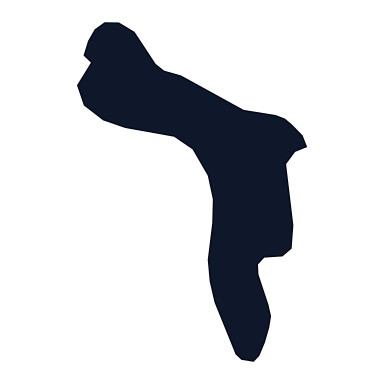 map outline of Bonaire (Natural Earth projection)
{"feature_id": "NLD-5149", "entity_name": "Bonaire", "entity_type": "Special Municipality", "adm_level": 1, "iso_a3": "NLD", "parent_name": "Netherlands", "parent_adm1": "", "projection": "natural_earth1", "projection_center": [-68.284, 12.166], "detail": "fine", "context": "isolated", "style": "filled", "palette": "ink", "viewbox_px": 384, "rotation_deg": 0, "n_neighbors": 0, "source": "natural_earth", "source_scale": "10m", "svg_char_len": 655}
<svg xmlns="http://www.w3.org/2000/svg" viewBox="0 0 384 384"><path d="M284.6,119.3L291.5,125.1L302.0,135.9L306.2,146.6L294.6,151.3L285.3,163.9L292.6,225.3L290.9,248.2L282.2,255.7L263.9,256.9L257.2,264.2L257.7,274.5L267.7,304.8L270.3,316.2L268.5,327.3L264.2,342.3L258.7,355.4L253.4,361.0L241.7,359.1L236.2,353.9L215.2,302.1L210.4,281.2L208.5,259.8L213.0,223.1L213.6,199.3L208.5,175.4L193.1,148.8L174.3,136.0L125.6,127.3L103.5,119.7L84.5,105.0L77.8,85.4L91.9,62.5L84.4,55.3L88.7,41.3L95.2,29.9L104.8,23.0L118.7,23.2L134.0,32.4L155.1,64.4L163.7,71.3L180.8,76.2L243.4,110.6L275.6,115.8L284.6,119.3Z" fill="#0f172a" stroke="#020617" stroke-width="1.5"/></svg>